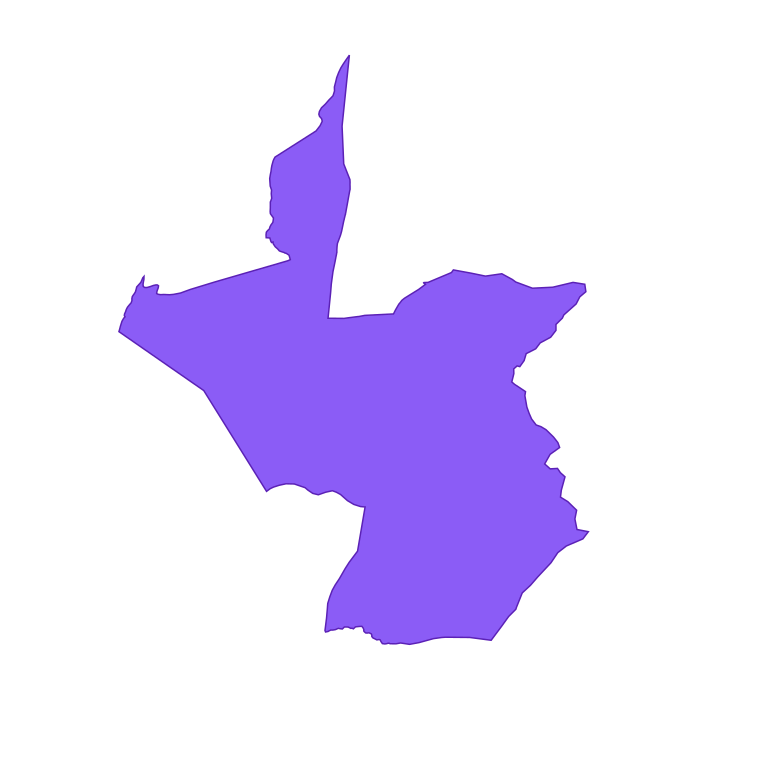 the district of San José Ayuquila, Oaxaca, Mexico, rotated 221°
{"feature_id": "50627088B32404165337072", "entity_name": "San José Ayuquila", "entity_type": "district", "adm_level": 2, "iso_a3": "MEX", "parent_name": "Mexico", "parent_adm1": "Oaxaca", "projection": "natural_earth1", "projection_center": [-97.964, 17.952], "detail": "fine", "context": "isolated", "style": "filled", "palette": "violet", "viewbox_px": 768, "rotation_deg": 221, "n_neighbors": 0, "source": "geoboundaries", "source_scale": "gbopen_adm2", "svg_char_len": 4191}
<svg xmlns="http://www.w3.org/2000/svg" viewBox="0 0 768 768"><g transform="rotate(221 384 384)"><path d="M625.9,609.5L625.7,607.9L625.3,603.7L624.7,598.9L624.0,594.5L622.6,589.4L620.7,584.2L618.8,580.6L616.3,575.6L613.6,572.7L612.8,570.9L611.6,568.1L611.7,565.4L611.9,562.3L611.9,556.6L612.4,551.5L611.6,547.4L610.2,544.9L608.3,543.7L605.2,543.3L603.0,541.8L601.7,537.1L601.3,530.4L615.1,483.8L614.6,481.4L614.0,479.6L612.0,475.4L610.4,472.7L608.8,470.4L607.3,467.7L605.0,464.0L602.8,461.8L599.7,458.7L596.1,456.6L593.9,453.6L590.6,450.5L589.6,448.1L589.2,446.8L587.8,445.2L585.3,442.3L583.0,439.4L581.5,438.0L579.1,437.4L576.4,436.8L576.2,436.5L575.3,435.3L573.9,433.0L573.7,430.1L573.4,428.8L573.2,427.9L572.2,425.7L572.5,423.5L572.4,421.4L570.9,419.2L568.9,417.1L566.0,419.3L564.5,418.4L563.1,417.5L561.7,417.0L560.9,418.3L560.6,418.0L559.7,417.2L557.6,416.6L556.1,416.2L553.0,416.2L550.3,415.8L548.6,416.4L545.4,417.8L545.1,417.7L543.4,418.5L540.2,418.9L536.3,416.4L537.4,414.0L578.7,349.9L592.2,328.3L597.3,319.1L601.7,313.5L604.5,310.6L608.9,307.1L611.3,304.8L613.4,303.5L614.9,303.1L616.0,304.7L616.8,306.6L617.5,308.5L618.6,310.2L620.0,310.1L621.1,309.2L622.7,307.1L624.3,304.2L626.2,301.3L628.0,299.8L629.7,299.7L631.3,301.2L632.6,303.3L633.8,305.4L635.7,307.7L635.7,305.8L635.2,304.4L634.2,301.2L634.3,295.0L633.3,293.1L632.6,291.6L632.0,290.3L631.7,288.2L631.5,286.1L631.3,284.8L630.2,282.9L629.1,281.8L628.1,279.5L628.1,276.5L628.0,273.7L627.4,271.2L626.5,269.1L625.7,266.5L624.8,265.2L623.5,264.8L623.6,262.8L622.9,259.4L620.9,254.8L619.5,252.0L618.4,249.6L515.7,260.8L402.2,225.9L401.7,228.1L401.2,230.4L399.7,233.8L396.6,238.9L392.5,244.4L386.1,249.7L375.5,254.0L373.8,254.0L371.9,254.0L366.0,254.7L360.9,257.3L357.0,264.1L352.9,269.6L348.9,271.1L344.3,272.1L335.1,272.0L327.8,273.3L321.3,276.1L317.6,278.8L294.3,240.5L293.3,226.6L292.2,219.2L290.0,208.0L289.0,200.4L287.7,194.3L285.3,187.9L282.5,181.5L278.5,176.1L273.7,169.5L268.6,161.9L266.8,159.2L265.4,158.5L263.8,160.6L263.5,161.6L262.8,163.3L261.3,164.6L259.5,166.8L258.2,169.6L256.6,170.5L254.7,171.8L254.5,174.6L251.7,177.0L250.3,177.4L248.7,177.8L247.9,178.7L246.5,179.1L246.2,182.0L243.4,185.0L241.7,186.6L239.5,186.1L238.1,185.4L237.2,184.3L236.2,184.1L234.5,184.1L233.3,185.0L232.1,186.4L229.6,187.1L228.5,186.5L227.5,185.4L225.8,185.1L223.2,185.8L221.5,186.2L220.1,187.9L219.2,188.4L217.2,187.6L214.9,187.0L212.8,188.4L211.6,189.8L210.8,191.1L209.9,191.8L209.1,191.9L204.5,195.8L201.6,199.4L193.9,204.3L187.9,211.8L179.6,224.3L174.2,230.5L171.4,233.3L153.1,248.9L135.0,260.9L136.3,278.3L137.4,290.3L136.7,300.5L137.5,302.3L142.6,317.0L141.4,328.3L141.4,339.3L140.7,358.6L142.2,370.7L140.1,381.4L132.3,397.6L132.9,406.6L142.9,400.8L151.4,407.4L155.8,415.1L168.1,415.8L169.9,415.5L176.6,414.4L180.5,420.2L186.5,432.7L192.7,432.8L197.7,434.1L202.9,429.0L210.3,429.1L212.5,439.9L209.8,451.3L214.2,453.8L217.6,454.5L221.4,455.2L226.5,455.5L231.7,455.8L237.5,454.8L242.3,452.9L249.6,454.4L255.1,457.0L261.0,460.3L270.0,467.6L272.2,471.1L285.2,469.4L288.9,469.4L292.8,477.0L296.0,480.5L295.4,485.0L292.9,486.2L293.6,493.6L296.6,500.2L292.6,510.1L293.1,517.5L288.9,528.7L289.4,537.3L293.3,541.8L292.6,550.7L293.6,554.1L291.5,570.4L293.4,578.2L292.2,586.1L297.9,591.0L308.0,584.7L320.1,567.8L334.8,553.7L351.5,547.4L355.6,547.1L367.4,544.5L378.2,532.0L390.8,524.9L405.5,516.2L406.5,515.6L406.2,512.4L417.3,489.8L417.6,488.9L417.5,489.5L420.4,486.8L420.5,486.4L420.3,486.3L418.1,486.4L419.9,478.1L422.8,468.7L424.8,462.2L425.4,458.8L425.2,456.0L425.2,454.1L423.9,447.3L422.8,443.1L443.5,423.2L447.2,418.5L448.0,417.7L453.8,411.2L457.2,407.3L469.4,396.9L470.7,398.8L484.2,417.9L489.3,424.8L496.2,435.3L501.3,444.4L503.7,448.5L504.7,450.3L505.7,451.9L505.9,452.4L506.1,452.6L507.6,454.3L508.9,456.0L509.2,456.4L510.0,457.5L510.8,458.7L511.0,459.0L511.3,459.4L514.3,467.4L514.6,468.1L516.0,471.1L516.6,472.2L518.5,475.6L521.1,480.2L522.2,482.4L522.8,483.4L522.8,483.5L524.2,486.2L524.5,487.0L524.8,487.3L525.7,489.0L526.0,489.4L529.3,495.0L536.5,507.1L537.4,508.8L537.8,509.2L539.1,510.7L540.5,512.2L541.9,513.9L543.8,515.9L558.8,523.7L584.8,551.1L625.9,609.5Z" fill="#8b5cf6" stroke="#5b21b6" stroke-width="1.5"/></g></svg>